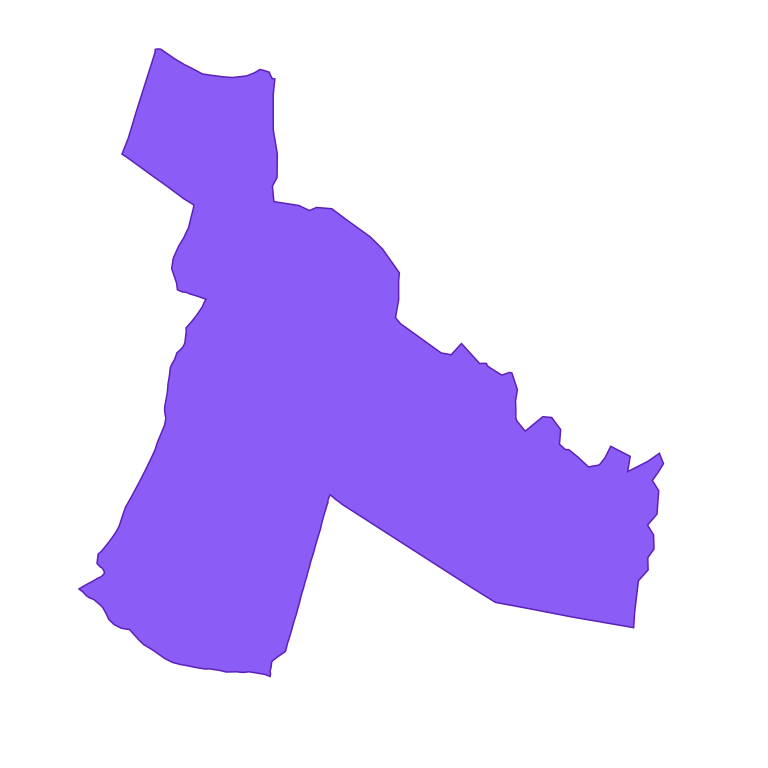 Al-Kut, Wasit, Iraq, rotated 187°
{"feature_id": "34846034B69182583813986", "entity_name": "Al-Kut", "entity_type": "district", "adm_level": 2, "iso_a3": "IRQ", "parent_name": "Iraq", "parent_adm1": "Wasit", "projection": "orthographic", "projection_center": [46.232, 32.471], "detail": "fine", "context": "isolated", "style": "filled", "palette": "violet", "viewbox_px": 768, "rotation_deg": 187, "n_neighbors": 0, "source": "geoboundaries", "source_scale": "gbopen_adm2", "svg_char_len": 3221}
<svg xmlns="http://www.w3.org/2000/svg" viewBox="0 0 768 768"><g transform="rotate(187 384 384)"><path d="M651.8,688.3L651.7,685.3L653.0,677.8L656.5,659.3L663.0,624.6L667.7,597.1L672.1,580.2L666.7,577.6L657.8,572.7L643.7,564.8L623.0,553.6L605.4,543.5L594.6,538.6L594.6,535.2L595.8,525.8L597.1,514.9L598.4,511.5L600.6,504.7L604.7,495.6L608.5,483.2L608.8,472.7L605.9,466.6L602.1,458.7L600.5,452.3L595.4,450.8L591.6,450.9L587.4,449.7L581.1,448.6L570.9,446.4L572.5,443.0L573.7,438.5L577.6,430.9L578.8,428.7L582.0,423.4L584.8,419.2L587.3,415.5L586.7,412.1L586.7,407.9L586.7,401.5L586.7,400.4L587.9,396.6L590.5,392.9L593.3,389.8L594.9,382.7L596.8,378.5L598.1,374.0L598.0,365.4L598.4,357.8L598.0,349.2L598.9,334.5L598.6,331.5L597.7,327.7L596.4,323.6L596.7,316.8L601.7,298.7L603.6,289.3L610.5,268.9L614.9,256.9L621.2,240.7L625.6,230.1L627.5,221.1L629.4,211.3L631.0,206.7L632.5,203.4L636.9,195.1L643.9,183.7L646.7,180.7L647.0,179.6L647.0,175.8L647.0,170.9L646.1,170.2L643.5,167.9L641.0,166.8L639.7,164.9L638.4,163.0L639.1,160.8L640.0,159.7L641.9,157.8L644.7,156.2L648.5,153.2L653.9,149.4L655.3,148.4L658.0,146.4L661.8,143.4L657.4,140.8L653.9,137.8L650.4,135.9L645.9,134.8L639.0,130.3L635.8,127.7L631.4,121.6L628.5,116.8L622.5,112.3L615.2,109.6L609.8,109.3L606.7,109.3L603.8,106.7L601.0,104.4L595.9,99.9L590.8,96.1L579.4,90.9L568.4,84.9L560.2,81.9L552.2,80.8L545.0,80.4L536.4,79.7L527.9,79.3L522.2,80.0L512.4,79.7L505.5,78.9L495.1,80.4L489.4,80.4L482.7,81.9L474.2,81.6L466.6,81.2L461.4,79.8L461.3,81.1L461.3,82.9L462.2,84.9L461.6,88.5L461.6,91.7L461.6,94.3L461.5,94.6L460.6,96.1L457.9,98.6L456.4,100.2L452.7,103.4L449.9,105.9L449.0,107.2L449.0,108.5L448.7,110.1L448.4,112.8L448.0,115.9L447.3,118.7L446.9,121.5L445.6,129.1L444.9,134.1L444.0,139.5L442.9,145.1L442.3,150.1L441.5,154.6L440.5,163.1L439.8,167.8L439.0,171.6L438.4,176.7L437.2,183.3L436.6,188.6L435.9,192.0L435.0,199.4L433.5,207.1L432.4,214.8L430.7,225.1L429.3,232.9L428.9,237.7L427.6,246.7L426.6,252.1L426.1,255.2L425.9,256.7L425.3,258.7L425.4,261.7L425.3,262.9L424.4,265.9L423.9,267.4L421.8,266.2L418.1,263.6L413.8,261.3L410.8,259.4L270.7,191.9L246.7,180.8L214.4,178.8L168.2,175.6L106.5,172.6L107.4,187.6L107.5,219.7L99.2,231.6L101.0,243.7L95.9,253.1L98.0,267.0L105.2,276.1L97.2,288.1L98.3,311.5L99.2,312.6L105.9,320.9L101.4,329.2L96.9,339.0L102.2,348.8L112.7,339.4L131.5,326.7L130.8,342.2L151.4,349.8L155.6,337.8L160.4,329.9L170.9,326.6L182.9,335.3L192.7,341.4L195.9,341.0L202.5,345.6L203.1,360.3L213.5,371.2L222.4,370.9L238.1,354.4L247.6,363.5L249.0,366.5L250.0,374.1L250.0,374.7L251.4,383.1L250.9,394.7L258.4,410.5L260.8,410.8L268.2,407.2L279.2,412.3L283.5,414.6L284.9,416.9L288.2,416.6L291.6,416.0L312.0,433.6L313.3,431.8L320.9,421.2L331.1,421.8L375.0,445.9L380.7,451.3L379.7,469.3L382.0,487.7L382.3,496.2L401.8,517.7L415.7,528.4L441.0,542.3L457.2,551.6L472.5,551.0L479.2,547.1L490.2,550.8L515.5,551.6L518.9,566.8L515.3,575.9L517.9,599.3L524.9,622.8L529.2,657.5L529.5,672.5L529.5,673.5L532.0,673.5L534.8,677.3L535.8,679.5L541.2,680.6L545.7,681.0L547.3,679.5L551.5,676.5L557.8,673.1L571.9,669.7L581.1,669.3L590.7,669.3L601.9,669.6L616.6,675.2L621.1,676.7L631.3,681.2L646.3,689.1L648.9,689.1L651.8,688.3Z" fill="#8b5cf6" stroke="#5b21b6" stroke-width="1.5"/></g></svg>